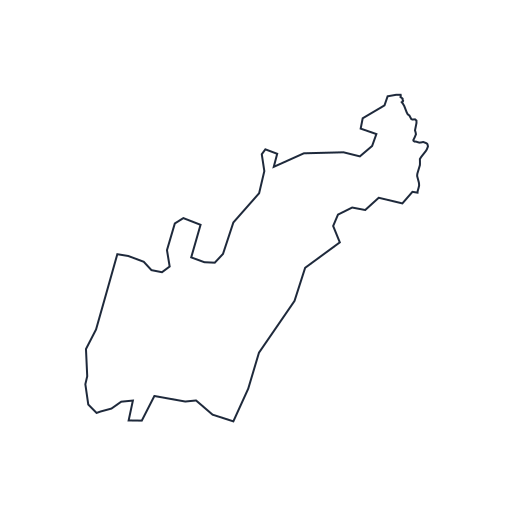 Tong, Ysyk-Köl, Kyrgyzstan, rotated 106°
{"feature_id": "92254566B55303155079831", "entity_name": "Tong", "entity_type": "district", "adm_level": 2, "iso_a3": "KGZ", "parent_name": "Kyrgyzstan", "parent_adm1": "Ysyk-Köl", "projection": "natural_earth1", "projection_center": [76.22, 42.065], "detail": "fine", "context": "isolated", "style": "outline", "palette": "slate", "viewbox_px": 512, "rotation_deg": 106, "n_neighbors": 0, "source": "geoboundaries", "source_scale": "gbopen_adm2", "svg_char_len": 1563}
<svg xmlns="http://www.w3.org/2000/svg" viewBox="0 0 512 512"><g transform="rotate(106 256 256)"><path d="M115.2,124.5L108.3,121.7L106.5,121.2L103.4,120.9L102.1,121.5L101.0,122.3L100.6,123.4L100.3,126.7L101.2,128.3L102.0,130.2L102.0,132.6L101.9,133.1L102.1,134.6L102.3,135.1L102.0,136.1L101.7,136.5L101.1,136.7L97.7,136.1L96.6,136.0L94.9,135.8L93.1,136.7L91.4,137.8L87.6,138.1L83.9,138.4L81.6,139.1L80.8,140.8L81.7,143.2L81.6,144.4L79.3,146.7L78.7,147.2L78.0,149.2L76.3,150.8L70.9,154.9L69.0,156.9L68.0,158.3L67.3,157.7L66.8,157.4L66.2,157.4L65.6,158.1L64.4,158.4L64.1,158.9L63.4,160.9L62.1,161.0L61.2,161.4L62.4,165.7L66.2,173.5L75.8,174.0L94.2,191.4L104.7,190.5L105.6,173.9L118.2,174.7L131.6,183.6L132.2,200.5L144.1,238.3L165.4,263.5L151.9,263.8L150.9,276.4L156.6,278.5L172.1,271.4L194.8,270.3L230.0,287.0L263.1,288.3L273.8,293.8L276.2,303.9L275.2,317.9L241.3,317.9L239.6,336.3L247.1,343.0L274.9,343.2L289.9,336.1L297.5,341.9L298.4,352.6L292.5,362.3L291.2,378.8L292.5,389.8L335.7,389.6L370.7,389.5L392.3,393.8L418.1,385.1L426.3,384.7L445.0,376.3L450.8,366.0L448.3,362.5L442.5,352.9L433.2,345.4L428.9,334.5L449.2,333.1L445.7,320.4L418.6,315.1L415.4,283.9L411.4,273.8L420.5,254.0L421.2,232.2L385.7,226.9L348.1,226.5L288.6,206.6L253.8,205.5L219.8,179.2L205.9,190.1L193.6,188.6L182.9,176.9L181.7,163.7L166.2,154.1L165.1,129.8L151.2,123.3L150.6,118.2L149.1,118.5L145.8,118.5L143.4,118.6L141.6,119.2L140.3,119.8L134.8,123.1L133.7,123.4L132.2,123.6L123.5,123.5L122.2,123.8L119.8,124.5L117.6,125.2L115.2,124.5Z" fill="none" stroke="#1e293b" stroke-width="2"/></g></svg>